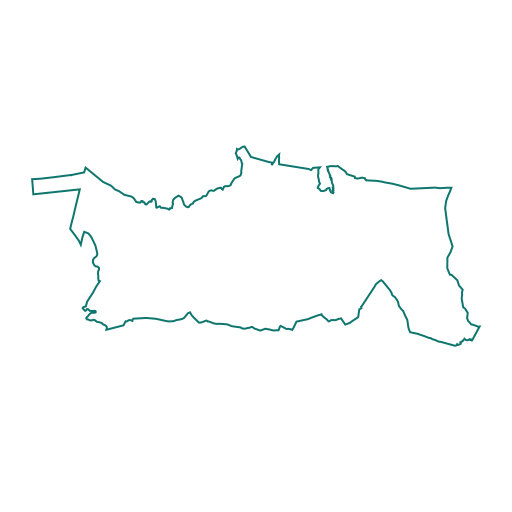 the district of Chamula, Chiapas, Mexico, rotated 354°
{"feature_id": "50627088B50895209283285", "entity_name": "Chamula", "entity_type": "district", "adm_level": 2, "iso_a3": "MEX", "parent_name": "Mexico", "parent_adm1": "Chiapas", "projection": "orthographic", "projection_center": [-92.726, 16.817], "detail": "fine", "context": "isolated", "style": "outline", "palette": "teal", "viewbox_px": 512, "rotation_deg": 354, "n_neighbors": 0, "source": "geoboundaries", "source_scale": "gbopen_adm2", "svg_char_len": 6057}
<svg xmlns="http://www.w3.org/2000/svg" viewBox="0 0 512 512"><g transform="rotate(354 256 256)"><path d="M281.7,164.8L278.6,163.9L261.4,157.0L256.1,145.9L254.1,146.0L250.2,148.1L249.0,148.1L248.3,147.6L247.9,149.4L247.3,150.3L246.6,151.8L247.1,152.8L247.3,154.4L247.9,155.5L247.7,156.2L248.0,157.4L248.7,156.4L249.8,156.4L250.6,158.3L251.2,159.1L251.5,161.8L252.0,162.7L250.1,170.3L250.2,171.4L250.0,172.1L249.5,172.9L249.2,174.0L248.1,174.8L243.7,176.2L242.4,177.0L239.0,181.2L238.2,182.8L237.2,183.3L235.9,183.6L234.7,183.6L233.8,183.4L232.5,183.4L231.4,183.8L229.8,186.5L229.1,185.9L228.2,184.4L227.4,184.4L224.0,185.0L221.5,186.5L220.4,186.8L218.7,186.1L217.6,186.1L216.3,186.5L215.3,187.4L213.2,190.5L212.3,191.2L210.1,191.0L209.5,191.1L208.2,192.4L207.3,192.9L201.9,194.5L200.4,195.2L199.3,196.1L198.8,197.2L197.1,197.7L195.2,198.9L194.5,200.1L194.1,200.3L192.8,200.3L191.3,199.2L190.0,197.6L189.7,197.0L189.6,195.7L188.2,190.4L187.5,189.5L185.3,187.9L181.5,189.7L179.5,191.5L178.8,193.7L178.7,194.6L178.9,195.5L177.7,198.4L177.5,199.5L176.3,199.7L175.5,199.5L174.9,200.6L174.5,200.8L174.0,200.5L173.2,199.8L169.9,198.7L168.3,198.3L166.9,198.2L166.3,197.9L165.5,196.5L163.7,197.0L163.0,197.5L162.4,197.6L161.9,197.3L162.0,192.2L161.9,191.1L161.7,190.1L161.1,188.7L160.3,188.6L159.8,188.3L159.6,188.3L159.2,188.9L158.4,189.2L158.1,189.7L157.9,190.9L157.2,191.1L156.7,190.6L156.0,190.6L155.1,191.1L153.0,193.0L152.3,193.3L151.5,193.0L150.9,192.3L150.7,191.1L150.0,190.8L149.3,190.7L148.9,189.5L147.7,189.4L146.9,190.5L146.4,190.8L145.7,190.7L145.0,190.4L144.7,190.6L144.0,190.2L142.6,189.7L140.3,185.5L138.4,183.9L131.5,181.4L126.5,177.2L122.9,175.2L119.8,171.6L118.8,170.7L111.7,166.4L95.8,150.3L93.8,154.9L82.5,156.0L81.3,156.1L81.0,156.4L80.8,156.4L80.4,156.1L62.2,156.5L49.4,156.6L41.4,156.2L41.0,171.4L87.7,171.3L80.9,190.4L78.1,198.6L77.0,201.2L74.0,209.6L78.3,216.7L81.5,222.4L82.9,226.5L85.4,219.1L87.7,214.0L91.6,216.0L93.7,219.1L94.6,221.0L97.2,228.3L97.5,229.7L98.3,235.7L98.4,237.0L98.2,238.2L97.3,239.6L96.1,240.4L95.0,241.0L94.3,241.7L93.5,242.9L93.2,244.4L93.3,245.8L94.1,248.1L94.9,248.9L95.5,249.5L97.2,250.0L97.8,250.4L98.6,251.5L98.5,253.1L97.7,254.2L97.4,254.9L97.0,256.9L97.1,259.4L96.8,261.5L96.9,264.1L98.1,264.7L93.5,270.2L90.2,275.2L83.4,283.6L81.6,288.0L81.5,288.4L79.4,288.7L78.7,289.0L78.2,289.7L78.9,291.0L80.4,292.7L80.6,292.7L81.8,291.9L82.2,291.3L83.0,291.1L83.5,291.4L85.0,293.2L87.6,293.6L89.3,293.6L90.3,293.8L90.6,294.0L90.8,294.9L90.6,295.3L89.5,295.6L87.3,295.3L86.3,295.4L85.1,295.9L83.7,297.0L82.4,298.5L81.4,299.1L81.0,299.5L80.7,300.4L81.3,301.4L82.3,301.5L84.1,302.6L85.3,302.9L87.2,302.5L88.0,302.5L89.2,303.1L89.8,303.6L89.9,304.0L90.9,304.8L94.0,305.8L95.6,306.5L96.7,308.0L98.9,309.2L99.7,310.1L100.1,310.9L100.2,311.6L99.5,313.7L117.0,311.1L119.5,307.3L120.4,307.6L123.0,306.5L124.9,306.8L126.3,307.6L126.6,306.5L127.5,305.5L140.7,306.2L150.0,308.0L160.8,311.6L163.1,312.0L167.1,312.2L170.7,311.3L172.7,311.3L176.3,310.8L178.1,310.0L182.3,305.8L184.5,305.1L185.7,308.0L187.5,310.5L192.3,316.3L194.8,316.4L199.4,315.1L200.2,315.1L201.1,316.1L202.2,316.2L207.0,318.6L209.6,319.4L213.4,319.7L220.3,321.0L224.6,323.3L233.2,325.4L234.3,326.4L236.3,327.0L238.1,327.1L240.3,326.7L242.3,326.7L243.1,326.3L244.8,326.1L246.9,328.0L252.5,330.6L257.7,329.3L261.4,330.4L265.9,332.0L268.2,331.9L270.5,332.3L271.1,331.5L272.4,328.7L273.2,328.1L278.8,331.8L281.3,331.9L283.7,332.9L284.2,333.3L285.0,332.2L285.3,332.1L289.4,325.5L301.2,324.2L304.5,323.2L311.3,321.5L313.7,321.2L315.1,320.8L315.3,321.8L316.9,323.7L319.8,326.5L321.2,328.5L321.7,328.7L322.2,328.6L323.8,327.7L324.6,327.6L328.5,328.1L331.7,327.2L334.1,327.0L337.6,333.5L342.8,332.2L343.4,331.6L351.2,327.5L353.2,319.8L355.3,319.0L355.3,317.4L355.6,317.3L370.0,299.8L372.3,296.6L377.0,293.5L378.0,293.1L379.5,294.6L384.9,302.8L385.2,303.2L386.9,306.6L387.2,308.4L387.6,309.4L389.9,311.5L391.4,314.1L392.5,316.6L392.7,319.3L393.2,321.2L395.0,324.1L396.7,326.2L398.2,331.3L399.4,334.3L399.8,335.6L400.0,341.7L400.3,344.4L401.3,347.9L409.1,350.4L409.2,350.6L414.5,353.0L419.6,355.6L421.0,355.8L422.8,357.3L423.6,357.5L425.5,358.3L428.3,360.1L431.0,360.8L444.6,366.1L446.5,365.7L446.6,364.9L446.8,364.7L447.4,365.5L448.8,365.4L450.4,364.7L450.5,363.8L450.2,363.4L450.2,363.2L450.9,362.8L451.3,363.0L452.7,362.0L452.9,362.0L453.8,360.9L454.7,360.5L454.8,360.2L454.9,360.3L455.0,360.8L456.4,361.7L458.0,361.8L458.9,361.6L459.6,361.1L461.0,361.4L460.8,362.2L461.6,362.5L462.1,362.5L471.0,349.5L469.5,349.5L465.0,347.2L462.7,346.4L462.2,345.4L460.1,342.6L459.4,339.3L459.9,338.2L460.6,334.6L458.4,330.2L456.7,328.6L456.1,319.8L457.0,315.9L457.0,314.0L458.0,311.1L454.8,306.5L453.7,301.2L448.5,295.2L446.8,294.8L446.8,294.2L446.2,292.7L445.0,288.2L445.0,287.6L446.2,277.6L449.8,272.6L452.5,267.1L449.8,254.1L449.1,228.2L450.9,221.1L453.6,215.6L455.7,212.0L457.4,208.5L453.4,208.1L446.1,207.8L441.2,206.7L416.8,205.3L404.5,200.3L399.3,198.4L391.9,196.3L388.9,195.2L383.9,193.9L373.6,192.3L373.5,191.8L372.8,191.4L372.5,190.1L369.8,189.2L368.5,189.2L367.9,189.4L365.1,189.6L362.6,188.9L362.5,187.4L355.2,184.2L354.9,183.9L354.1,182.1L352.6,180.2L351.2,179.2L346.7,175.0L345.2,175.2L339.8,174.4L336.1,174.8L336.6,177.6L336.3,177.6L336.4,178.7L336.7,178.7L337.4,181.7L337.9,182.5L337.8,183.3L338.2,183.8L337.9,184.3L338.2,184.8L337.9,185.5L339.0,186.2L338.9,186.6L338.5,187.1L338.5,187.5L338.8,188.3L339.2,188.1L339.2,191.1L340.2,194.2L340.0,195.3L340.2,196.7L339.8,197.5L339.9,199.6L339.3,198.3L339.2,199.6L339.7,200.8L339.6,201.1L339.2,201.6L337.4,200.6L336.8,199.7L336.9,198.9L336.6,198.8L336.4,198.4L336.4,197.5L336.2,197.2L336.1,196.0L334.7,196.1L333.4,196.6L332.5,197.8L329.5,198.5L328.2,198.1L327.4,198.1L326.4,196.7L326.2,196.1L324.5,194.6L325.4,192.8L327.2,190.8L326.7,189.7L326.0,182.7L326.8,180.1L326.8,177.8L327.1,176.3L328.8,174.5L322.0,174.3L319.8,176.3L317.2,174.9L288.6,167.2L288.8,163.3L289.3,160.5L289.3,158.9L289.6,157.5L287.4,159.1L285.3,161.8L283.7,164.4L282.7,165.3L281.2,167.3L281.7,164.8Z" fill="none" stroke="#0f766e" stroke-width="2"/></g></svg>